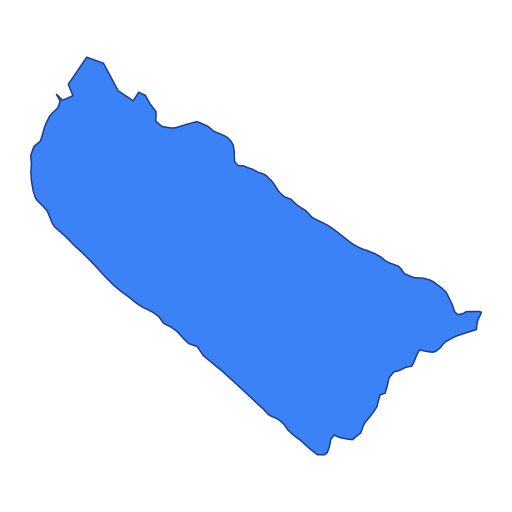 Nyaribari Chache, Nyanza, Kenya
{"feature_id": "3690345B1553189525138", "entity_name": "Nyaribari Chache", "entity_type": "district", "adm_level": 2, "iso_a3": "KEN", "parent_name": "Kenya", "parent_adm1": "Nyanza", "projection": "albers", "projection_center": [34.834, -0.737], "detail": "fine", "context": "isolated", "style": "filled", "palette": "blue", "viewbox_px": 512, "rotation_deg": 0, "n_neighbors": 0, "source": "geoboundaries", "source_scale": "gbopen_adm2", "svg_char_len": 2902}
<svg xmlns="http://www.w3.org/2000/svg" viewBox="0 0 512 512"><path d="M317.3,454.7L324.5,454.8L327.1,452.9L329.4,446.8L330.7,439.5L334.2,435.0L336.4,436.2L340.8,437.8L345.1,438.7L352.5,439.7L355.3,437.2L360.7,432.9L363.2,426.1L364.1,424.2L365.9,421.5L369.6,417.1L373.6,411.9L377.0,406.6L378.4,400.6L380.1,394.8L385.1,393.2L387.2,386.1L389.1,377.7L394.1,371.7L397.7,371.0L400.7,369.9L405.9,367.2L411.7,366.2L413.1,363.8L415.4,358.5L416.2,356.5L417.1,354.2L419.5,349.9L426.9,351.5L431.9,352.2L434.5,351.9L436.4,350.9L440.3,347.8L443.0,344.2L445.5,341.8L451.1,338.7L453.7,337.3L456.4,336.1L462.2,334.1L465.5,333.0L469.5,331.8L473.4,330.5L476.5,329.5L476.9,324.2L477.4,321.8L478.2,319.2L480.7,314.3L481.3,312.1L478.9,311.5L473.9,311.5L466.3,311.6L463.4,313.4L457.9,314.7L454.6,311.7L452.1,304.2L449.0,297.9L446.1,292.1L441.8,288.2L440.1,286.8L437.6,285.0L433.5,281.8L430.3,280.2L423.5,278.2L416.9,277.8L414.3,277.6L411.5,276.8L404.4,273.6L401.0,268.8L398.5,266.2L393.8,264.5L388.4,262.5L385.7,261.0L380.6,256.8L375.0,253.7L371.7,252.4L367.0,250.4L364.1,249.6L361.9,248.8L355.8,245.9L352.6,243.9L348.4,240.8L344.8,238.0L339.4,233.7L336.5,231.4L333.6,229.3L329.6,226.5L326.8,224.8L320.5,221.7L314.3,218.6L312.4,217.5L310.7,216.0L307.9,212.8L305.4,210.4L299.3,206.6L297.1,205.1L295.2,203.4L291.1,199.3L284.5,196.9L280.1,193.0L278.8,191.4L277.5,189.6L275.3,185.9L271.9,181.2L266.2,175.6L263.7,174.1L258.2,172.3L252.2,169.1L246.8,167.3L243.7,165.9L238.0,165.6L234.6,161.5L234.3,155.9L234.3,151.8L233.3,145.4L231.3,141.6L227.8,137.8L225.3,136.2L220.9,134.2L213.8,131.3L208.3,126.6L202.2,123.7L199.6,122.6L196.8,121.6L189.0,123.7L185.8,124.6L180.7,126.2L176.2,127.6L171.7,128.1L162.1,126.5L155.7,121.2L156.1,115.3L156.0,111.6L150.0,103.8L145.3,95.3L142.1,93.8L138.7,92.2L133.2,100.8L118.1,90.7L103.5,63.3L86.7,57.2L68.3,84.3L72.9,95.7L62.5,100.3L56.2,94.0L60.1,100.8L58.4,106.7L56.9,108.8L51.9,113.4L49.8,115.9L47.8,119.7L46.0,123.4L44.3,127.7L43.1,132.4L42.4,134.9L40.4,141.0L33.9,146.5L30.7,155.5L31.4,163.9L30.9,172.7L31.5,181.2L32.6,187.5L33.3,191.3L35.7,198.5L38.7,202.1L42.8,205.9L47.3,211.2L50.0,217.7L52.2,223.1L54.1,226.1L55.6,227.8L60.7,232.2L65.9,236.9L72.6,243.7L74.8,245.9L77.0,247.9L82.2,252.7L89.1,259.5L95.0,265.6L97.4,268.2L99.6,270.7L105.3,276.8L113.7,285.3L120.3,290.8L127.4,296.0L129.5,297.6L136.9,303.6L143.3,307.6L147.0,309.3L152.4,312.0L157.1,315.3L159.0,317.0L160.4,318.9L163.9,323.6L169.8,326.4L172.5,328.1L176.8,331.2L181.5,336.3L182.8,337.8L184.9,340.0L188.9,343.6L197.3,346.7L203.5,355.8L210.6,361.6L216.4,366.5L219.2,368.7L221.6,370.6L226.8,375.3L228.3,376.7L236.7,384.3L245.0,392.0L247.7,394.5L250.7,397.4L255.8,402.2L257.7,404.0L263.0,408.7L267.9,414.1L270.3,415.8L275.6,418.0L278.8,419.8L282.3,422.6L283.7,424.0L285.0,425.8L287.9,430.0L292.4,434.2L294.0,435.5L295.9,437.0L300.5,440.3L304.7,444.2L310.3,449.2L317.3,454.7Z" fill="#3b82f6" stroke="#1e3a8a" stroke-width="1.5"/></svg>